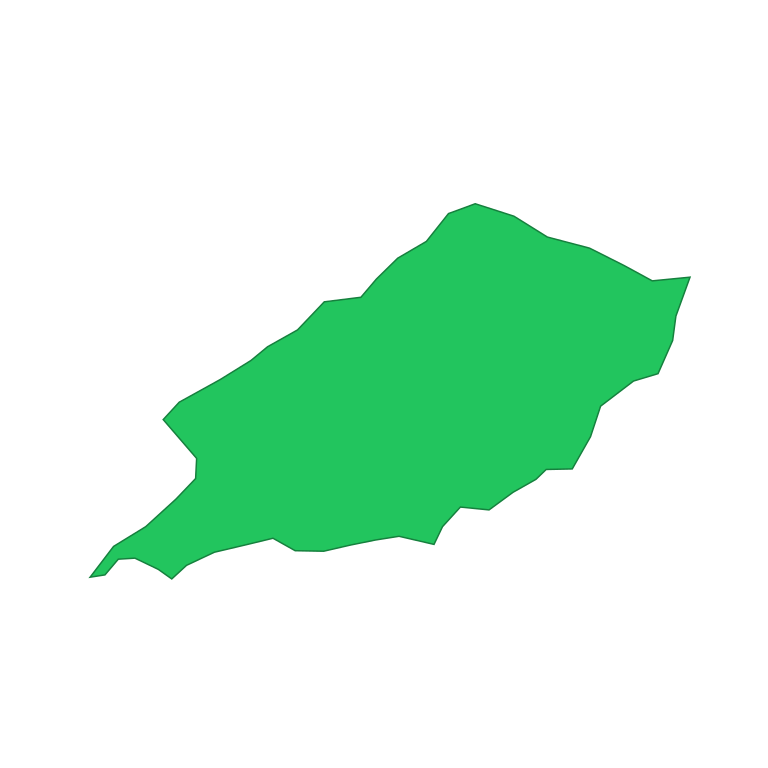 Mingbulak, Namangan, Uzbekistan, rotated 172°
{"feature_id": "79887680B504113599955", "entity_name": "Mingbulak", "entity_type": "district", "adm_level": 2, "iso_a3": "UZB", "parent_name": "Uzbekistan", "parent_adm1": "Namangan", "projection": "natural_earth1", "projection_center": [71.366, 40.766], "detail": "fine", "context": "isolated", "style": "filled", "palette": "green", "viewbox_px": 768, "rotation_deg": 172, "n_neighbors": 0, "source": "geoboundaries", "source_scale": "gbopen_adm2", "svg_char_len": 816}
<svg xmlns="http://www.w3.org/2000/svg" viewBox="0 0 768 768"><g transform="rotate(172 384 384)"><path d="M394.8,473.1L431.7,473.7L462.1,449.6L494.1,437.1L512.5,425.8L545.6,411.2L589.3,394.5L607.6,379.5L579.9,336.4L583.7,316.6L606.0,299.0L639.8,275.9L674.4,260.8L701.9,233.6L686.9,233.8L671.5,247.5L654.9,246.2L633.4,231.9L621.3,220.5L604.8,231.9L575.5,241.0L541.9,244.1L515.4,246.7L495.2,231.3L467.0,226.8L439.4,229.2L414.2,230.7L390.3,231.1L356.8,218.2L345.9,234.6L325.5,251.5L297.5,244.7L271.3,258.8L246.7,268.5L235.3,276.8L209.4,273.7L186.8,303.1L172.6,331.9L136.5,352.2L111.2,356.1L92.1,386.9L85.5,410.6L66.1,447.2L104.0,448.8L129.9,468.0L161.5,489.9L201.8,506.8L232.0,532.1L268.6,549.8L296.4,543.8L322.2,519.3L352.9,506.7L376.9,489.0L394.8,473.1Z" fill="#22c55e" stroke="#15803d" stroke-width="1.5"/></g></svg>